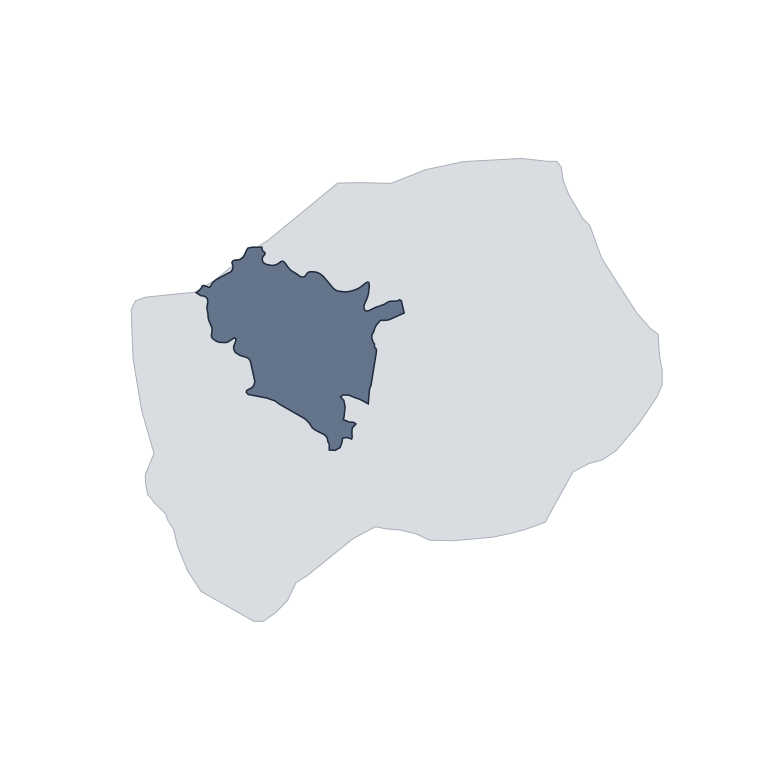 Maseru highlighted on a map of Lesotho, rotated 19°
{"feature_id": "LSO-1203", "entity_name": "Maseru", "entity_type": "District", "adm_level": 1, "iso_a3": "LSO", "parent_name": "Lesotho", "parent_adm1": "", "projection": "mercator", "projection_center": [27.777, -29.596], "detail": "fine", "context": "in_parent", "style": "filled", "palette": "slate", "viewbox_px": 768, "rotation_deg": 19, "n_neighbors": 0, "source": "natural_earth", "source_scale": "10m", "svg_char_len": 3592}
<svg xmlns="http://www.w3.org/2000/svg" viewBox="0 0 768 768"><g transform="rotate(19 384 384)"><path d="M500.1,509.8L479.8,516.2L477.0,516.8L464.0,515.3L446.7,516.8L433.0,520.3L422.5,521.7L405.2,540.1L373.9,590.0L365.5,600.5L363.2,620.1L355.9,635.7L347.0,647.8L338.3,650.8L312.1,645.9L278.6,639.7L259.2,624.6L241.8,604.8L232.7,590.4L223.1,582.5L219.9,578.0L206.2,571.4L201.1,568.0L196.6,565.5L191.1,555.9L187.8,547.6L189.1,524.5L179.5,510.8L163.1,487.3L152.7,468.0L138.5,441.8L129.8,419.3L120.8,396.1L121.9,386.2L130.6,379.4L155.8,367.7L175.4,358.7L189.4,342.1L204.8,317.5L212.2,302.7L219.6,295.9L227.8,285.5L242.0,262.4L257.8,236.8L274.7,209.2L296.0,201.3L325.2,192.1L353.2,168.1L386.6,147.9L440.4,126.0L465.5,120.4L475.1,117.2L481.1,121.4L487.5,133.9L496.7,144.4L517.9,162.7L526.9,167.1L548.9,194.2L572.3,212.8L599.4,234.2L617.8,244.8L627.1,247.8L634.9,266.8L642.8,280.9L647.2,294.2L646.3,307.1L637.8,338.7L625.4,371.0L615.4,384.4L603.2,392.9L591.3,405.7L586.7,431.7L581.4,462.2L565.8,474.9L553.7,483.1L537.0,493.3L500.1,509.8Z" fill="#d9dde1" stroke="#a8b0b8" stroke-width="1"/><path d="M186.7,349.6L188.0,348.6L188.9,343.9L191.4,339.9L200.8,329.6L202.2,328.5L203.1,326.9L203.4,323.6L202.8,321.6L201.5,320.0L200.6,318.5L201.1,316.7L203.1,315.1L205.2,314.4L207.3,313.2L209.5,310.2L210.0,307.9L210.5,301.9L211.1,299.8L214.9,297.5L224.1,294.4L224.2,294.9L225.2,296.8L225.9,297.4L226.7,297.9L227.9,298.2L228.7,298.7L229.1,299.3L229.2,300.0L228.1,302.9L228.0,303.7L228.0,304.9L228.6,306.4L229.6,307.9L231.7,308.9L234.3,309.2L239.3,308.4L242.1,307.2L244.3,305.2L246.9,301.6L248.5,300.8L250.3,301.3L255.9,305.3L259.3,307.0L266.0,308.4L269.7,309.7L273.0,309.1L274.2,307.9L274.7,306.2L275.1,304.6L275.9,303.2L277.1,302.2L278.8,301.4L282.9,300.4L285.2,300.3L287.7,300.6L291.4,301.9L305.0,310.0L307.1,310.8L309.7,311.2L316.4,309.8L318.9,308.9L323.1,306.6L327.8,302.8L329.8,300.6L333.9,294.3L335.3,292.9L336.5,292.9L337.5,294.5L338.3,296.6L339.9,303.9L340.1,306.4L340.1,309.0L339.6,314.7L339.8,317.1L340.5,319.0L341.9,320.5L343.6,320.9L345.9,319.5L351.1,314.3L358.4,308.5L360.9,305.3L362.4,304.1L364.2,303.2L369.0,301.5L369.9,300.9L370.7,300.1L371.2,299.2L372.4,299.5L373.4,299.8L380.0,310.3L367.8,321.7L365.6,322.9L362.7,324.1L361.0,324.3L359.7,325.6L358.7,327.8L357.8,330.3L357.3,332.5L357.1,334.9L357.3,337.5L356.7,341.3L357.1,343.5L357.9,345.1L359.2,346.6L359.8,347.7L360.4,348.4L361.8,349.0L362.3,350.1L362.7,351.4L363.2,352.4L365.0,353.2L365.8,354.3L366.4,356.3L372.2,389.8L371.9,392.5L372.3,394.8L375.6,407.9L366.5,406.4L361.4,406.4L354.4,406.0L348.9,407.7L347.1,410.2L351.5,412.8L354.8,418.7L355.9,423.7L357.0,428.4L357.0,430.9L363.2,431.3L368.0,430.1L370.5,430.9L368.3,436.0L369.4,440.2L371.3,444.8L371.3,446.6L366.5,446.6L362.5,448.7L363.2,452.5L363.2,458.4L359.5,462.6L353.7,464.3L351.8,458.6L349.6,456.7L348.8,454.9L347.1,452.8L344.3,451.4L334.2,450.0L330.6,448.9L325.7,445.1L320.6,442.7L291.6,437.1L286.8,435.5L277.9,435.4L259.1,438.1L256.6,436.8L256.2,435.0L258.0,432.8L260.2,430.7L261.3,427.6L261.2,423.9L250.2,405.9L247.9,404.1L245.5,403.6L238.4,403.9L233.1,402.5L230.6,400.2L229.6,397.4L229.8,391.5L229.2,389.4L228.1,389.1L226.7,390.0L222.9,394.9L221.9,395.7L220.6,396.5L214.7,398.2L212.5,398.2L210.8,398.0L207.4,397.0L205.8,395.9L204.8,394.2L204.7,392.4L204.2,390.1L203.1,387.1L197.4,380.6L195.8,377.9L194.9,375.4L192.1,370.4L191.4,368.2L190.7,363.7L189.7,361.6L188.6,360.5L187.2,359.8L185.7,359.5L184.5,359.6L182.0,360.1L177.3,359.0L176.7,358.9L177.2,358.3L178.7,356.0L179.8,353.3L180.3,350.3L181.5,349.4L186.7,349.6Z" fill="#64748b" stroke="#1e293b" stroke-width="1.5"/></g></svg>